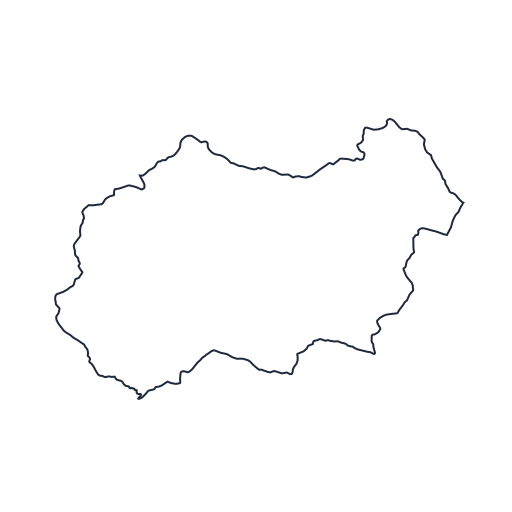 Caicedo, Antioquia, Colombia, rotated 109°
{"feature_id": "7082276B63168909868721", "entity_name": "Caicedo", "entity_type": "district", "adm_level": 2, "iso_a3": "COL", "parent_name": "Colombia", "parent_adm1": "Antioquia", "projection": "natural_earth1", "projection_center": [-75.997, 6.426], "detail": "fine", "context": "isolated", "style": "outline", "palette": "slate", "viewbox_px": 512, "rotation_deg": 109, "n_neighbors": 0, "source": "geoboundaries", "source_scale": "gbopen_adm2", "svg_char_len": 6092}
<svg xmlns="http://www.w3.org/2000/svg" viewBox="0 0 512 512"><g transform="rotate(109 256 256)"><path d="M138.1,77.4L137.8,78.9L136.7,81.4L135.0,84.4L133.8,86.1L132.9,87.8L132.5,90.2L132.6,92.8L132.1,93.9L129.3,96.5L126.3,100.2L123.1,102.0L122.1,104.5L116.9,108.7L115.6,110.2L113.2,113.9L107.5,120.4L106.4,121.6L103.7,123.3L102.3,128.1L99.9,130.9L95.8,133.6L91.1,134.3L89.7,136.5L87.7,141.1L86.1,143.4L85.8,145.2L85.9,146.9L86.8,150.4L86.5,154.5L88.3,158.4L88.5,159.3L88.4,160.0L87.6,162.4L84.0,168.2L83.3,169.8L82.8,171.4L82.8,173.8L83.1,174.4L84.2,175.6L85.4,176.1L86.1,176.2L87.6,175.4L88.9,175.2L90.1,175.4L91.5,176.1L93.0,177.2L94.2,178.5L96.6,181.9L98.3,185.9L98.5,193.2L99.1,194.3L99.6,194.7L102.1,195.0L105.3,194.0L107.3,194.2L108.5,193.9L110.6,192.8L111.5,192.6L114.3,193.4L115.5,194.3L117.3,196.1L118.0,196.3L118.6,196.3L121.7,193.3L122.7,191.6L123.0,190.7L123.0,188.0L123.8,186.9L125.3,186.3L126.9,186.2L128.5,186.1L129.6,186.5L130.8,188.0L131.1,189.3L130.9,192.0L131.2,192.5L131.6,193.2L133.0,193.6L133.6,194.0L134.2,195.2L134.3,196.4L134.2,198.2L134.5,200.8L135.9,206.3L136.5,207.8L137.1,208.5L138.7,209.2L144.0,212.7L144.3,213.1L144.3,213.7L144.0,215.0L144.1,216.2L144.2,216.8L144.7,217.4L147.8,219.5L152.9,223.4L161.6,229.1L163.2,230.9L165.6,234.3L166.5,239.3L166.5,241.2L167.9,244.4L169.7,246.6L168.8,249.9L168.5,252.0L168.9,253.2L170.6,257.5L170.8,258.5L170.7,261.5L170.0,264.2L169.7,265.7L170.0,270.3L169.4,276.8L170.4,278.6L171.8,279.6L172.0,280.1L171.8,282.0L172.5,283.1L173.8,284.2L174.8,286.2L175.3,290.8L175.4,297.0L175.6,298.4L176.3,301.4L176.3,302.5L175.7,307.5L176.1,310.1L173.9,314.4L173.0,317.1L172.5,319.6L172.3,322.1L173.0,327.1L173.0,328.1L172.8,330.0L172.2,332.0L170.8,334.6L169.4,336.4L167.9,337.4L165.4,338.3L164.9,338.7L164.2,340.1L164.3,341.5L164.5,342.0L166.3,344.7L166.2,345.8L165.0,349.3L163.4,355.5L163.4,356.2L163.6,357.2L164.6,359.7L166.7,362.0L170.5,364.0L173.5,364.3L177.5,363.3L179.2,363.4L182.4,364.2L186.1,365.6L187.7,366.5L189.2,367.9L191.4,371.2L194.6,372.6L195.0,373.1L195.7,375.3L196.1,376.0L197.3,376.8L197.8,377.5L198.3,378.6L198.8,379.3L201.0,380.1L203.7,380.5L204.8,380.9L207.3,382.7L209.6,385.0L214.4,387.5L216.6,389.0L217.0,389.7L217.7,392.0L219.1,390.7L222.9,386.4L224.7,384.8L227.1,383.9L228.5,384.0L228.8,384.2L230.2,385.5L230.3,386.2L229.9,391.6L230.0,394.1L230.5,398.9L231.3,400.2L236.7,407.2L238.8,411.1L240.0,411.4L242.6,410.8L244.0,410.2L244.8,410.2L247.1,413.6L249.6,415.8L251.8,417.1L255.7,417.9L257.2,418.8L257.7,419.4L258.8,422.0L261.1,426.5L262.4,430.8L267.7,433.9L270.7,434.6L272.1,433.8L273.9,432.2L276.2,430.9L277.0,430.9L277.9,431.3L281.0,430.7L283.9,431.4L285.9,431.4L290.1,430.4L293.8,428.7L295.1,428.9L303.2,431.5L304.8,431.7L306.4,431.4L309.9,429.0L312.7,427.9L313.9,427.2L314.6,426.3L315.8,423.6L318.2,422.3L320.1,420.3L321.1,420.1L323.0,420.6L323.5,420.4L326.6,416.8L327.5,415.2L328.2,414.8L334.3,416.4L336.3,418.7L337.1,419.3L342.4,419.0L344.1,419.6L346.1,421.6L348.8,423.2L351.4,425.5L352.6,426.5L356.6,431.5L357.3,432.1L358.2,432.4L359.6,432.5L360.8,432.3L363.0,431.5L364.3,430.6L366.2,429.8L366.9,429.3L369.4,424.9L370.1,424.5L374.5,424.1L378.2,425.2L378.8,424.8L379.5,424.8L381.4,423.8L384.5,420.5L389.2,413.4L390.2,410.5L391.2,405.8L392.7,402.0L393.6,397.4L395.7,389.7L397.2,388.2L398.2,386.6L399.1,385.3L400.4,384.2L402.9,383.0L404.3,382.9L404.9,382.6L405.5,382.0L406.2,380.5L407.1,379.6L407.6,379.3L409.9,379.4L410.4,379.0L410.8,378.5L411.3,376.6L413.2,373.8L416.7,370.1L419.4,366.8L419.9,365.1L419.9,364.4L419.4,362.2L419.7,359.9L419.6,359.0L418.1,356.7L417.6,355.2L417.4,353.3L416.5,351.4L416.2,350.2L417.6,348.7L418.2,347.4L418.3,346.4L418.0,343.2L418.1,342.3L418.5,341.5L420.5,338.8L421.2,336.7L420.7,334.0L421.0,333.4L421.8,332.7L422.0,331.7L421.1,330.7L421.4,329.6L421.0,328.2L421.4,327.5L422.0,327.1L421.8,325.1L422.3,324.8L423.4,324.8L424.6,323.7L424.8,322.3L424.1,320.4L424.2,319.8L424.6,319.5L426.7,319.9L428.0,320.7L428.8,320.9L429.2,320.9L429.2,320.2L428.0,318.8L426.7,317.6L423.0,315.7L418.6,314.0L417.9,313.2L415.4,309.2L414.6,308.6L412.6,308.2L411.1,305.3L409.9,303.8L408.9,302.8L403.6,298.8L403.8,294.9L403.0,290.0L401.0,286.5L399.9,286.5L397.0,287.8L392.1,289.0L390.6,289.2L389.8,288.8L389.1,288.2L388.3,285.9L388.2,282.9L387.3,281.6L386.4,280.9L383.9,279.5L375.8,276.6L371.8,274.4L370.1,273.9L366.6,271.4L365.5,270.9L362.6,268.5L361.1,267.7L359.0,265.5L358.7,263.6L358.9,260.7L359.0,257.7L358.2,251.6L359.4,245.6L359.4,241.1L359.3,240.4L357.8,236.4L357.4,234.6L357.1,230.0L357.8,227.1L360.0,222.9L362.0,217.7L362.5,216.0L361.6,213.3L361.8,211.3L361.7,209.9L361.8,207.6L361.5,204.9L361.0,204.0L359.4,202.3L358.9,201.3L358.7,200.2L358.6,194.0L358.3,192.8L356.3,189.3L356.2,188.5L356.5,185.9L356.4,184.6L356.0,183.9L355.2,183.7L354.2,183.6L350.9,184.2L348.6,183.9L344.8,182.7L341.6,182.6L338.2,183.6L335.6,185.0L335.1,185.0L330.5,179.8L326.7,177.8L324.6,177.6L323.9,177.4L320.8,173.7L318.2,173.9L317.4,173.5L315.7,170.7L314.0,168.9L313.7,168.4L313.5,166.9L313.6,162.9L312.1,160.5L312.1,158.4L311.4,154.4L310.2,151.5L310.0,150.4L310.2,147.5L309.8,143.5L309.9,142.3L310.8,140.2L310.6,137.0L310.2,134.9L311.0,132.8L311.2,129.5L310.3,119.3L309.7,116.5L310.2,113.5L310.2,112.7L309.8,112.1L309.1,111.9L308.4,112.2L303.8,115.4L301.4,116.3L300.2,117.8L298.6,119.1L293.7,120.6L292.5,120.3L291.5,118.3L289.0,116.1L288.0,115.5L284.9,114.7L284.0,114.9L283.3,115.5L281.2,118.1L279.6,119.6L278.1,120.3L277.4,120.3L274.0,118.6L270.7,115.7L268.9,113.4L266.7,109.2L264.4,104.2L263.7,103.6L260.5,103.0L254.8,101.1L251.2,100.3L248.7,98.8L242.3,98.2L237.6,96.3L236.1,96.6L235.1,97.3L233.2,97.9L230.6,100.1L227.0,106.2L225.1,108.3L220.5,112.2L219.7,112.4L218.2,111.3L217.4,111.1L212.4,111.7L210.7,111.5L208.2,110.3L204.3,109.6L201.2,107.8L200.6,107.9L197.3,109.7L187.8,113.1L186.7,112.5L184.5,111.9L184.2,111.6L183.3,109.9L183.0,109.8L180.9,110.1L179.6,110.8L178.6,110.7L176.8,109.5L175.6,108.0L174.9,104.2L174.7,99.5L174.2,93.5L174.3,85.2L173.9,82.3L165.5,81.0L158.7,81.4L154.4,81.0L152.2,80.6L148.5,78.9L142.9,78.4L140.3,77.7L138.4,77.6L138.1,77.4Z" fill="none" stroke="#1e293b" stroke-width="2"/></g></svg>